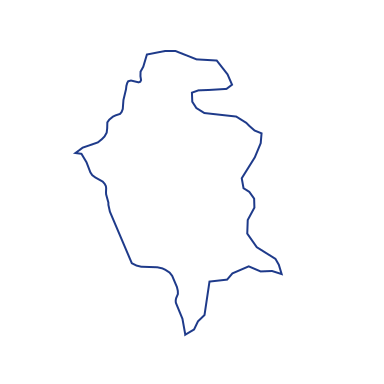 map outline of Monmouthshire (Robinson projection), rotated 212°
{"feature_id": "GBR-2132", "entity_name": "Monmouthshire", "entity_type": "Unitary Authority (wales)", "adm_level": 1, "iso_a3": "GBR", "parent_name": "United Kingdom", "parent_adm1": "", "projection": "robinson", "projection_center": [-2.855, 51.774], "detail": "fine", "context": "isolated", "style": "outline", "palette": "blue", "viewbox_px": 384, "rotation_deg": 212, "n_neighbors": 0, "source": "natural_earth", "source_scale": "10m", "svg_char_len": 1394}
<svg xmlns="http://www.w3.org/2000/svg" viewBox="0 0 384 384"><g transform="rotate(212 192 192)"><path d="M122.1,67.4L122.3,67.7L132.9,79.4L146.7,89.3L147.5,90.1L148.5,91.7L149.2,93.6L149.9,98.0L151.6,100.6L154.4,103.4L164.4,110.4L168.3,111.8L173.4,111.9L176.7,111.5L181.5,109.8L195.5,101.7L200.1,100.2L205.3,99.7L251.2,131.8L256.1,136.8L257.3,138.7L263.6,144.5L264.8,146.2L266.8,149.7L268.1,151.3L270.3,152.6L273.2,153.5L281.7,153.1L285.5,153.4L288.6,154.8L297.2,161.3L306.0,165.8L310.8,163.6L311.5,163.3L308.2,171.7L298.1,184.2L296.4,189.1L295.6,192.7L295.8,197.1L297.7,201.1L300.7,206.2L300.5,209.5L299.0,214.0L297.4,216.5L294.4,220.1L294.1,222.6L294.7,225.7L298.9,233.7L302.4,244.1L303.9,247.3L304.7,250.1L304.8,252.1L302.8,254.2L295.4,256.7L294.3,258.1L294.5,259.9L297.1,262.9L299.4,266.8L299.7,272.4L303.1,284.7L289.7,297.2L280.7,302.8L258.4,306.9L240.7,316.6L224.2,310.6L214.9,304.2L217.4,297.7L231.0,288.0L240.4,281.6L244.7,276.2L239.6,268.7L232.8,265.5L223.4,265.5L194.5,279.4L182.6,279.4L178.3,278.4L171.5,277.3L164.1,278.6L159.6,269.8L157.1,254.7L157.1,238.6L157.1,230.0L150.3,222.5L143.5,222.5L135.8,219.3L130.8,211.8L129.9,197.8L123.1,186.0L107.8,179.5L96.8,179.5L85.8,179.5L79.8,176.3L72.5,169.9L82.3,167.4L91.7,161.0L104.5,159.0L114.6,144.4L115.8,136.3L129.7,125.3L116.2,94.3L118.4,85.5L117.4,76.5L122.0,67.6L122.1,67.4Z" fill="none" stroke="#1e3a8a" stroke-width="2"/></g></svg>